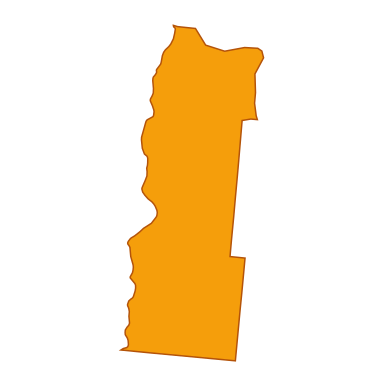 the district of Washington, Minnesota, United States of America, rotated 185°
{"feature_id": "52423323B91557188858785", "entity_name": "Washington", "entity_type": "district", "adm_level": 2, "iso_a3": "USA", "parent_name": "United States of America", "parent_adm1": "Minnesota", "projection": "albers", "projection_center": [-92.811, 45.021], "detail": "fine", "context": "isolated", "style": "filled", "palette": "amber", "viewbox_px": 384, "rotation_deg": 185, "n_neighbors": 0, "source": "geoboundaries", "source_scale": "gbopen_adm2", "svg_char_len": 1877}
<svg xmlns="http://www.w3.org/2000/svg" viewBox="0 0 384 384"><g transform="rotate(185 192 192)"><path d="M134.1,27.6L133.8,78.9L133.8,79.0L133.6,95.0L133.4,130.8L148.5,131.0L148.5,135.6L148.5,147.0L148.3,170.4L148.3,184.4L148.3,187.4L148.2,212.1L148.2,226.6L148.3,267.6L139.8,269.8L133.2,269.8L134.7,273.5L137.4,285.9L137.4,296.5L139.6,315.1L132.4,331.9L134.7,338.5L139.0,340.9L152.2,340.5L171.7,335.1L191.2,339.5L202.8,355.2L220.8,355.5L225.1,356.4L225.0,355.8L224.5,354.8L223.1,353.7L222.8,353.0L223.1,348.6L223.9,342.9L226.0,337.6L227.8,334.8L230.9,331.3L232.4,328.7L233.4,325.2L234.0,318.5L234.4,316.6L237.7,311.3L238.1,310.3L237.7,308.4L237.9,307.3L239.1,305.1L240.5,303.2L240.8,301.9L240.8,299.6L239.4,291.6L239.2,287.1L240.1,284.2L241.5,281.0L241.6,279.8L241.3,278.8L239.0,274.6L237.2,270.4L236.8,268.7L236.9,265.6L237.1,264.4L237.5,263.6L242.5,260.3L243.2,259.7L243.6,259.1L244.1,257.7L244.9,253.3L247.0,242.2L246.9,239.6L245.3,231.2L242.7,225.7L240.0,223.8L239.4,222.8L239.0,221.4L238.7,217.3L238.7,214.7L239.2,211.8L238.5,208.3L238.3,204.0L239.6,199.4L241.9,192.5L242.2,191.4L242.1,190.3L241.1,187.6L238.6,184.6L235.1,181.3L231.2,178.8L229.0,176.7L227.4,174.6L225.3,170.6L224.8,168.4L224.9,165.8L225.2,164.5L225.8,163.4L229.4,157.8L229.5,157.6L229.7,157.3L237.1,151.6L240.6,147.7L245.3,143.3L248.6,140.9L249.3,140.2L251.2,137.2L251.6,135.8L251.6,135.3L251.1,134.1L250.2,133.3L249.0,131.4L247.4,122.4L244.3,114.2L243.9,112.1L243.9,109.1L244.3,106.3L246.1,102.3L246.1,101.1L240.9,95.8L240.1,94.2L239.8,91.4L240.0,88.4L241.3,82.6L242.1,81.2L243.8,79.8L245.5,77.9L246.4,74.4L246.2,73.0L245.5,71.9L244.7,70.0L244.0,67.3L244.0,62.7L242.8,55.9L243.4,53.7L244.9,51.7L246.4,48.7L246.4,46.2L246.0,44.0L243.7,40.9L242.7,38.5L242.1,34.9L242.1,33.6L242.5,32.4L243.5,31.3L246.8,30.1L249.0,28.4L219.9,28.1L134.1,27.6Z" fill="#f59e0b" stroke="#b45309" stroke-width="1.5"/></g></svg>